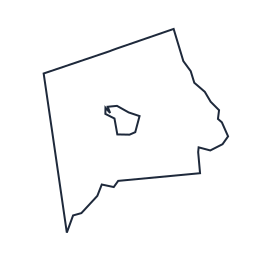 Henry, Virginia, United States of America (Natural Earth projection), rotated 161°
{"feature_id": "52423323B91986151579655", "entity_name": "Henry", "entity_type": "district", "adm_level": 2, "iso_a3": "USA", "parent_name": "United States of America", "parent_adm1": "Virginia", "projection": "natural_earth1", "projection_center": [-79.909, 36.699], "detail": "fine", "context": "isolated", "style": "outline", "palette": "slate", "viewbox_px": 256, "rotation_deg": 161, "n_neighbors": 0, "source": "geoboundaries", "source_scale": "gbopen_adm2", "svg_char_len": 709}
<svg xmlns="http://www.w3.org/2000/svg" viewBox="0 0 256 256"><g transform="rotate(161 128 128)"><path d="M57.5,80.0L43.9,81.9L36.1,87.5L37.4,102.8L40.0,107.3L36.1,115.2L41.3,125.9L43.6,137.2L50.6,149.2L50.2,161.3L53.9,173.2L52.6,206.8L63.2,206.8L77.5,206.8L87.5,206.8L106.7,206.8L113.0,206.8L118.3,206.7L120.0,206.6L190.0,207.0L199.8,155.0L200.2,152.8L203.6,134.9L219.9,49.0L208.4,63.2L199.8,62.7L179.1,73.8L171.2,83.1L160.7,76.8L154.5,81.2L101.4,68.3L74.6,61.8L69.5,82.4L67.5,86.7L57.5,80.0ZM113.2,135.5L122.5,121.7L128.7,121.2L140.2,125.4L139.2,131.7L137.7,141.4L144.8,148.7L142.7,154.5L140.0,148.0L140.3,154.7L131.2,152.5L122.3,142.5L113.2,135.5Z" fill="none" stroke="#1e293b" stroke-width="2"/></g></svg>